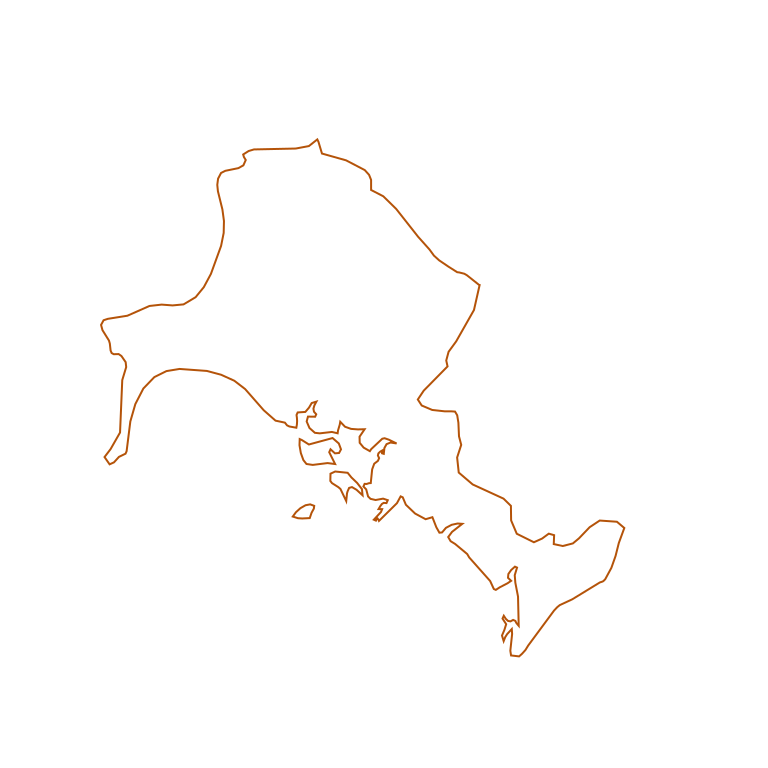 Chiriquí, Natural Earth projection, rotated 24°
{"feature_id": "PAN-1332", "entity_name": "Chiriquí", "entity_type": "Province", "adm_level": 1, "iso_a3": "PAN", "parent_name": "Panama", "parent_adm1": "", "projection": "natural_earth1", "projection_center": [-82.256, 8.459], "detail": "fine", "context": "isolated", "style": "outline", "palette": "amber", "viewbox_px": 768, "rotation_deg": 24, "n_neighbors": 0, "source": "natural_earth", "source_scale": "10m", "svg_char_len": 3960}
<svg xmlns="http://www.w3.org/2000/svg" viewBox="0 0 768 768"><g transform="rotate(24 384 384)"><path d="M125.0,466.7L122.6,466.5L120.6,464.6L117.1,458.6L115.1,456.2L104.9,449.3L101.5,445.1L101.9,439.8L105.2,436.8L121.8,426.0L138.0,408.1L148.6,401.9L158.9,398.2L168.5,392.8L176.6,381.3L180.0,368.8L181.1,353.8L179.0,324.1L176.1,311.2L171.5,300.2L165.4,290.3L153.9,275.5L150.7,269.9L148.9,263.9L149.3,257.5L152.3,253.8L163.2,246.0L166.6,241.4L166.6,235.6L163.7,233.6L162.0,231.6L165.6,226.2L169.8,222.6L207.6,204.8L218.6,197.2L223.6,187.7L225.6,189.4L233.6,198.7L258.4,195.1L279.4,196.4L285.3,199.0L289.2,202.8L293.3,212.0L307.0,212.8L323.9,219.1L354.3,235.1L355.0,235.5L370.8,242.6L377.4,246.4L384.1,248.6L395.3,250.6L405.4,252.1L407.3,251.5L412.5,250.6L415.4,250.9L430.5,254.8L431.1,254.7L436.1,279.8L432.6,315.7L429.9,328.3L431.3,337.2L434.9,342.1L423.0,373.9L421.2,384.4L427.2,388.3L438.6,388.1L450.5,384.3L456.6,381.6L460.1,380.3L463.6,382.8L467.7,389.1L473.8,401.3L479.3,408.2L480.7,421.4L488.3,434.5L505.9,439.7L539.8,440.1L549.5,443.7L555.6,456.9L566.2,466.8L585.3,467.6L591.3,460.9L595.4,453.7L600.9,452.9L604.2,461.2L613.2,459.3L621.4,452.8L624.9,445.7L630.1,431.2L636.6,421.0L652.8,415.1L662.1,417.8L663.2,433.8L665.5,447.0L666.5,459.5L665.5,472.4L664.7,474.5L664.1,475.5L661.9,477.5L643.5,504.2L634.5,514.5L633.0,517.5L631.5,521.8L622.1,564.3L621.4,569.5L619.8,574.4L618.2,577.9L610.8,580.2L610.5,580.3L607.9,576.3L602.7,560.2L600.4,555.9L598.2,562.5L597.7,566.0L597.9,570.2L594.1,565.8L594.0,559.7L593.3,553.7L587.7,550.1L587.7,547.0L590.8,549.0L593.7,550.0L596.1,549.4L597.9,547.0L600.4,547.0L601.7,548.2L602.5,548.7L605.4,550.1L592.9,523.7L584.8,512.1L581.2,505.5L580.2,497.6L577.9,497.6L575.8,502.3L574.9,507.0L576.1,510.6L580.2,512.1L577.9,515.8L572.4,522.7L569.9,526.6L567.7,526.6L561.1,520.8L532.4,507.8L529.2,505.5L514.0,501.2L508.8,500.5L504.9,497.7L506.3,491.4L512.4,479.9L508.0,481.5L503.1,485.1L499.1,490.2L497.4,496.0L495.1,497.3L490.1,493.6L482.4,486.0L477.0,490.6L465.1,489.7L453.1,485.4L447.2,479.9L444.9,479.9L444.3,487.6L435.1,511.1L434.3,510.3L432.7,509.4L432.2,509.2L432.2,512.1L429.9,512.1L433.3,502.2L433.2,499.1L429.9,500.5L430.3,497.0L430.9,494.4L432.1,492.7L434.7,491.8L434.7,488.6L429.8,489.1L423.5,493.4L418.4,494.4L415.2,493.2L410.6,487.5L406.9,486.0L406.9,483.1L408.8,482.4L410.5,480.8L412.2,479.9L407.9,466.8L407.5,460.8L409.7,456.7L409.7,453.7L407.5,451.8L407.1,449.7L408.0,447.4L409.7,445.1L410.1,446.2L410.0,447.3L410.4,448.1L412.2,447.9L410.4,442.3L410.8,437.9L413.8,434.8L419.7,433.2L411.1,432.9L406.6,433.3L404.7,434.7L398.8,448.7L398.4,451.1L391.3,450.4L385.7,447.6L383.1,442.1L384.7,433.2L378.6,436.1L372.2,438.4L365.8,438.9L359.4,436.3L360.1,439.1L360.9,445.2L361.7,447.9L355.9,449.0L345.4,455.2L340.7,456.7L333.8,454.5L328.6,449.7L327.8,444.7L334.4,441.9L334.4,439.2L331.3,437.8L329.6,435.3L329.1,431.9L329.4,427.6L325.7,430.8L325.1,436.1L323.5,441.5L316.7,445.1L316.7,447.9L318.2,450.3L319.7,453.2L320.9,456.4L321.7,459.6L314.8,461.3L312.2,461.2L309.2,459.6L299.8,461.6L284.8,456.9L259.2,445.1L245.9,441.9L231.4,441.8L216.9,444.1L191.1,453.4L180.0,460.7L171.4,471.1L166.0,486.0L165.0,503.5L167.5,521.4L176.2,550.1L176.2,552.8L171.5,558.4L169.2,565.4L166.0,569.0L158.4,564.4L160.7,554.7L162.6,535.7L143.3,486.9L141.6,473.4L139.1,469.1L132.7,465.2L129.4,464.6L125.0,466.7ZM361.7,468.6L371.9,477.0L364.6,479.2L351.8,486.9L345.7,488.6L341.3,486.3L336.1,480.9L331.7,474.3L329.4,468.6L331.7,468.6L340.0,469.8L359.0,454.3L366.9,456.7L371.3,461.2L371.0,465.3L367.4,467.3L361.7,465.4L361.7,468.6ZM409.7,494.4L401.9,491.8L396.7,491.2L394.4,493.1L394.4,497.0L394.7,499.0L397.1,506.3L386.9,497.6L384.2,496.8L376.8,495.7L374.4,494.4L371.6,487.7L375.0,483.8L386.9,479.9L392.2,482.6L399.7,485.3L406.6,489.0L409.7,494.4ZM354.6,542.2L355.7,537.0L358.1,531.5L361.6,526.7L365.5,524.0L369.8,523.7L370.6,526.4L370.2,531.1L370.7,536.7L364.0,540.1L360.0,541.6L354.6,542.2Z" fill="none" stroke="#b45309" stroke-width="2"/></g></svg>